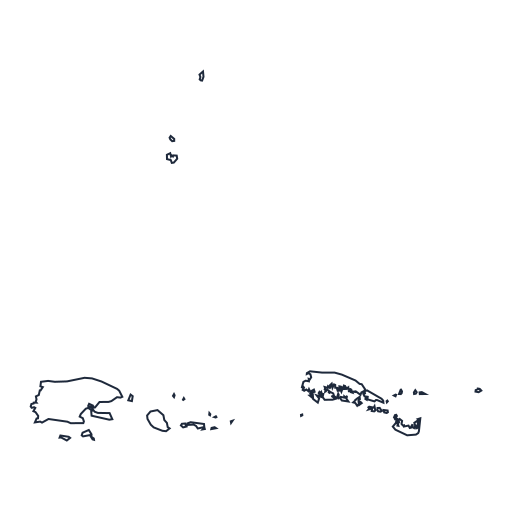 Sumenep, Jawa Timur, Indonesia
{"feature_id": "22746128B46307112426649", "entity_name": "Sumenep", "entity_type": "district", "adm_level": 2, "iso_a3": "IDN", "parent_name": "Indonesia", "parent_adm1": "Jawa Timur", "projection": "albers", "projection_center": [115.069, -6.151], "detail": "fine", "context": "isolated", "style": "outline", "palette": "slate", "viewbox_px": 512, "rotation_deg": 0, "n_neighbors": 0, "source": "geoboundaries", "source_scale": "gbopen_adm2", "svg_char_len": 6072}
<svg xmlns="http://www.w3.org/2000/svg" viewBox="0 0 512 512"><path d="M34.9,422.4L40.2,421.6L42.0,422.6L48.5,419.0L67.4,421.7L70.7,423.2L83.3,423.1L83.9,421.4L82.8,418.2L79.7,416.6L80.8,414.0L85.8,408.7L88.2,407.9L91.6,410.3L92.6,409.6L92.5,408.1L88.2,405.9L89.1,403.8L92.3,405.3L91.0,406.3L92.2,407.1L92.8,406.4L93.1,406.5L92.5,407.7L95.0,407.5L99.5,402.0L108.6,401.9L111.4,401.1L117.0,397.2L120.5,397.6L122.3,396.8L119.2,390.7L117.1,388.9L101.5,381.5L92.0,378.4L84.6,377.8L67.0,381.4L54.8,381.8L48.1,380.9L41.0,381.8L40.4,386.3L42.8,387.1L40.6,390.4L39.8,390.4L38.8,395.0L35.9,396.4L36.5,399.4L35.7,401.7L36.5,402.7L33.7,402.7L33.6,403.5L31.4,404.0L30.7,406.5L31.7,407.8L34.1,407.2L35.3,407.9L33.4,411.2L35.5,412.1L38.2,415.9L38.0,418.3L36.6,418.5L34.9,422.4ZM322.1,372.6L310.0,371.3L306.9,373.1L306.8,374.0L308.4,373.2L310.4,374.3L311.2,377.3L309.7,379.6L308.7,379.0L308.9,381.3L305.6,380.7L303.4,381.9L301.9,387.3L303.5,388.2L303.3,386.7L304.0,387.6L302.7,389.9L304.2,390.8L306.3,389.5L308.3,391.1L309.0,389.2L310.2,391.7L313.9,389.6L314.6,391.8L311.6,392.9L312.8,394.3L313.1,399.0L317.8,402.6L319.1,398.5L316.7,395.4L320.6,396.7L318.7,393.1L319.5,391.8L320.9,393.0L321.3,392.2L322.0,394.1L323.3,394.0L322.9,395.8L321.5,395.4L324.6,399.8L332.6,399.7L336.3,398.6L335.2,396.9L333.5,397.4L331.5,396.0L334.2,396.4L333.2,393.4L330.8,392.2L329.4,392.9L328.8,392.2L329.7,391.5L327.5,389.8L326.3,389.9L325.9,391.3L325.2,391.7L325.5,389.8L324.1,388.9L325.5,389.0L324.7,387.0L327.7,387.8L328.0,386.3L330.6,388.6L329.9,387.8L330.7,386.3L329.9,385.3L331.7,383.6L332.5,387.7L334.0,384.4L335.2,384.9L335.2,387.7L336.7,387.8L337.7,390.8L338.6,390.7L337.4,389.4L338.9,389.9L338.7,388.5L339.9,389.1L339.4,386.4L340.9,386.6L341.5,387.2L340.7,390.0L341.4,391.7L342.5,388.6L341.7,387.1L343.5,387.8L343.9,385.6L345.0,386.0L344.9,387.2L346.0,387.4L344.7,389.0L347.0,388.9L348.3,387.6L348.4,388.9L349.8,389.4L350.0,388.3L350.4,389.9L351.3,389.7L352.1,391.9L355.7,391.3L360.5,394.8L361.4,392.4L364.2,391.0L365.1,389.3L361.7,384.2L359.6,383.9L355.5,380.5L341.8,374.6L334.6,372.6L322.1,372.6ZM157.5,410.1L150.5,411.5L147.1,415.5L147.5,418.9L150.8,424.7L153.7,427.4L162.4,430.8L166.1,431.2L169.6,428.4L167.7,427.1L166.9,422.9L164.3,420.0L163.4,415.2L157.5,410.1ZM420.3,418.3L417.8,419.1L419.1,420.2L418.0,423.9L417.3,420.8L414.3,422.8L415.9,427.5L417.2,425.3L418.0,425.8L418.1,427.3L416.8,428.3L414.6,427.0L414.1,428.1L412.7,427.2L409.8,428.0L408.5,425.6L404.0,426.5L404.0,425.3L402.9,425.5L401.5,423.9L402.1,420.9L399.7,419.0L398.7,420.2L399.0,422.3L397.8,423.6L398.4,425.8L397.5,425.6L397.9,424.6L396.4,422.3L392.8,426.6L395.4,429.7L407.2,435.3L415.9,434.6L418.2,433.1L418.9,431.3L420.3,418.3ZM91.6,415.7L109.3,419.7L112.3,419.2L109.6,413.1L97.8,412.9L94.6,411.7L93.3,410.0L91.2,411.4L91.6,415.7ZM367.1,390.4L364.5,391.3L365.2,394.1L364.2,393.0L363.3,393.8L364.5,396.3L367.7,396.8L367.4,399.3L374.5,401.4L376.0,400.0L377.2,400.1L383.4,402.7L383.2,400.6L381.5,398.7L367.1,390.4ZM204.0,424.0L190.6,422.2L187.4,423.4L187.7,424.4L185.6,424.9L185.1,423.5L181.9,423.8L180.9,425.4L183.1,427.4L186.6,426.5L186.2,425.0L193.6,424.6L196.0,425.9L197.8,428.5L204.3,427.0L204.0,424.0ZM170.2,153.2L166.9,154.8L167.0,159.1L170.8,160.1L171.8,162.9L173.8,162.6L177.2,158.7L176.7,155.6L173.3,155.4L172.9,156.5L171.6,155.4L171.0,156.4L170.2,153.2ZM88.8,430.0L82.6,432.7L81.7,435.3L83.0,436.4L89.9,435.1L92.6,439.4L94.0,439.8L93.8,438.5L91.4,436.8L91.5,434.3L88.8,430.0ZM346.9,396.7L346.1,395.8L346.5,396.7L345.3,397.3L344.3,396.4L344.3,397.6L340.7,396.9L340.0,397.9L341.8,400.5L348.4,401.5L346.4,398.7L346.9,396.7ZM68.7,436.8L60.4,435.5L59.6,437.6L61.2,437.5L66.8,440.5L70.1,437.9L68.7,436.8ZM360.0,399.9L359.6,396.9L357.3,398.4L355.3,400.0L355.7,401.0L355.3,400.5L353.2,402.4L355.3,403.0L357.2,405.8L358.9,403.9L358.6,401.7L359.7,401.7L358.5,400.5L359.2,398.4L360.0,399.9ZM203.5,76.8L203.0,71.5L199.5,74.6L200.4,77.0L199.7,79.4L200.8,80.4L202.1,80.6L203.5,76.8ZM131.9,401.1L132.7,396.2L130.6,394.6L128.3,400.3L131.9,401.1ZM375.3,410.5L374.5,406.2L373.7,407.6L369.2,406.7L368.4,407.3L369.3,408.5L368.5,409.5L372.2,408.4L371.7,411.0L374.2,411.4L375.3,410.5ZM170.7,136.0L169.6,137.7L170.3,139.4L172.2,141.2L174.2,140.9L174.2,138.9L170.7,136.0ZM479.0,388.7L478.2,388.6L478.3,388.9L478.9,388.7L480.4,389.7L478.5,388.9L475.7,390.1L475.5,391.6L478.6,392.2L481.3,390.6L480.0,389.1L479.0,388.7ZM379.7,407.9L377.5,408.0L377.3,409.8L378.1,411.3L380.5,411.7L381.8,411.0L379.7,407.9ZM387.6,410.5L383.6,410.0L384.2,412.4L386.7,413.0L387.9,412.2L387.6,410.5ZM421.8,392.1L419.6,392.4L419.8,394.1L425.3,394.0L421.8,392.1ZM402.0,391.4L401.0,389.6L400.7,389.7L399.0,394.0L400.8,394.1L401.7,393.1L402.0,391.4ZM415.3,390.2L413.9,392.4L414.1,394.0L415.8,393.7L416.7,392.2L415.3,390.2ZM214.6,427.2L211.6,427.9L211.3,429.1L216.1,428.2L214.6,427.2ZM396.2,414.8L395.0,415.1L394.0,417.4L395.1,418.7L396.9,416.0L396.2,414.8ZM360.5,401.9L359.2,402.4L359.4,404.8L361.7,403.1L360.5,401.9ZM311.3,395.2L309.6,395.5L312.5,397.9L312.8,396.3L311.3,395.2ZM338.3,397.9L338.7,394.7L338.2,393.7L337.2,396.9L338.3,397.9ZM174.0,397.1L174.6,395.3L174.0,394.1L173.0,395.9L174.0,397.1ZM232.6,420.7L230.8,421.3L231.1,422.9L232.6,420.7ZM396.1,418.4L395.4,419.4L397.6,420.0L397.6,419.0L396.1,418.4ZM203.5,428.7L203.9,427.8L202.6,429.4L204.8,429.0L204.6,428.3L203.5,428.7ZM397.7,422.1L396.3,421.1L396.0,422.3L397.7,422.1ZM210.0,415.3L210.3,414.2L209.4,413.1L209.2,414.8L210.0,415.3ZM396.1,394.8L395.6,394.6L393.9,395.5L395.5,396.3L396.1,394.8ZM182.6,400.4L184.4,399.1L183.8,398.1L182.6,400.4ZM302.2,414.5L301.0,414.9L301.1,415.9L302.3,415.3L302.2,414.5ZM350.4,390.9L350.7,392.1L352.2,392.6L351.2,390.9L350.4,390.9ZM216.4,417.1L215.9,416.3L214.4,417.1L215.7,417.5L216.4,417.1ZM356.2,392.1L354.0,391.6L353.9,391.8L356.2,392.1ZM366.6,398.1L365.6,398.1L365.4,399.0L366.6,399.7L366.6,398.1ZM386.9,402.3L387.8,401.3L387.3,400.6L386.6,401.2L386.9,402.3ZM411.7,425.7L413.4,425.5L412.1,425.0L411.7,425.7ZM312.2,395.4L311.4,393.9L310.5,393.8L310.9,394.5L312.2,395.4ZM349.3,390.8L348.0,391.3L349.3,391.2L349.3,390.8Z" fill="none" stroke="#1e293b" stroke-width="2"/></svg>